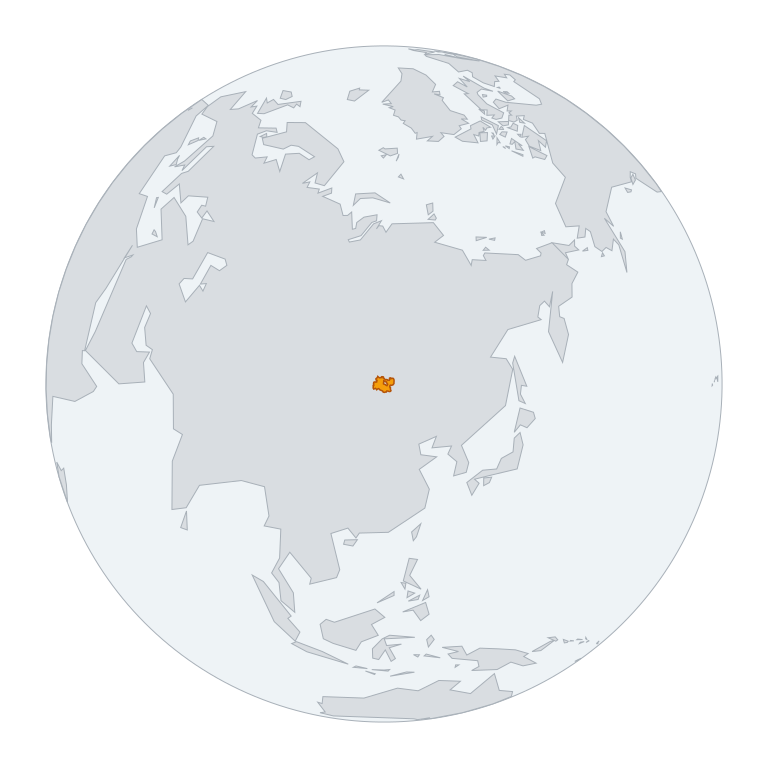 globe centered on Töv, rotated 18°
{"feature_id": "MNG-3329", "entity_name": "Töv", "entity_type": "Province", "adm_level": 1, "iso_a3": "MNG", "parent_name": "Mongolia", "parent_adm1": "", "projection": "orthographic", "projection_center": [106.662, 47.753], "detail": "fine", "context": "on_globe", "style": "filled", "palette": "amber", "viewbox_px": 768, "rotation_deg": 18, "n_neighbors": 0, "source": "natural_earth", "source_scale": "10m", "svg_char_len": 15440}
<svg xmlns="http://www.w3.org/2000/svg" viewBox="0 0 768 768"><g transform="rotate(18 384 384)"><circle cx="384" cy="384" r="338" fill="#eef3f6" stroke="#a8b0b8"/><path d="M581.0,109.4L588.3,115.3L584.4,117.1L560.0,110.5L558.3,106.4L552.6,106.0L554.3,111.4L556.9,115.2L539.7,126.5L541.9,151.5L553.7,163.1L542.4,158.3L572.3,183.7L580.6,202.9L564.3,179.1L557.4,175.3L559.6,186.8L553.0,185.5L550.3,190.6L542.1,188.2L533.2,175.3L527.8,173.7L529.7,182.1L522.7,185.6L520.8,173.3L508.4,178.3L491.3,159.3L492.6,131.4L476.2,121.7L459.5,96.0L454.3,97.6L444.6,90.0L434.8,89.3L434.5,85.4L427.1,88.3L429.2,92.0L426.7,94.7L421.1,94.9L419.7,89.7L422.3,88.9L419.0,87.5L420.7,85.0L416.7,86.3L415.7,80.5L408.5,86.6L400.9,82.2L402.4,78.4L412.9,78.4L442.6,71.8L447.4,69.2L443.7,64.7L414.0,56.3L414.9,54.1L408.2,51.2L402.8,52.2L406.1,54.9L394.4,56.7L399.8,60.6L395.8,62.2L397.0,67.0L385.4,66.9L373.3,64.4L371.7,60.7L366.4,59.8L358.5,64.2L346.5,59.1L323.0,59.3L321.1,58.3L334.3,53.7L357.9,50.5L375.0,47.3L352.2,50.3L348.0,49.0L342.4,49.4L335.8,50.5L332.9,51.5L329.0,51.6L350.0,47.9L353.9,47.7L347.2,48.7L358.3,47.5L372.4,46.3L370.4,46.4L395.3,46.3L420.1,48.0L444.7,51.6L469.0,56.9L492.8,64.1L516.0,72.9L538.6,83.5L560.2,95.7L581.0,109.4ZM700.8,278.8L698.3,274.8L699.0,273.2L700.8,278.8ZM697.3,275.2L698.1,275.9L697.5,275.9L697.3,275.2ZM697.2,277.0L697.3,275.7L697.5,277.8L697.2,277.0ZM697.5,280.3L697.2,278.3L697.4,278.7L697.5,280.3ZM696.9,283.6L696.6,284.3L696.1,282.1L696.9,283.6ZM559.1,117.3L555.1,111.7L555.9,107.7L560.1,112.3L559.1,117.3ZM556.5,126.5L552.7,123.1L559.4,122.9L559.5,124.9L556.5,126.5ZM563.7,172.2L561.7,166.2L565.9,172.6L563.7,172.2ZM551.3,191.7L554.0,194.0L551.4,195.7L551.3,191.7ZM403.4,66.9L400.3,66.9L401.7,66.0L403.4,66.9ZM406.9,69.1L410.7,68.0L412.9,68.9L410.5,69.5L406.9,69.1ZM536.6,193.9L531.7,196.3L535.2,191.5L536.6,193.9ZM401.6,70.3L416.3,70.7L420.1,72.4L414.2,76.5L401.6,70.3ZM527.8,196.3L516.0,203.1L520.9,208.5L500.2,197.7L517.1,195.1L520.7,188.1L522.7,194.0L527.8,196.3ZM432.3,93.2L429.7,89.2L437.0,92.5L432.3,93.2ZM437.6,94.8L463.4,102.4L464.4,108.9L455.6,104.8L461.0,113.6L448.7,112.9L443.0,107.9L444.8,103.7L438.8,106.8L437.6,94.8ZM490.7,191.0L486.5,191.0L489.2,188.6L490.7,191.0ZM426.2,96.1L431.3,96.8L432.6,102.4L422.5,102.0L425.3,100.3L426.2,96.1ZM468.4,116.4L467.5,120.8L457.4,121.3L455.7,123.2L448.5,113.5L468.4,116.4ZM422.2,99.1L417.4,101.7L411.7,99.3L421.3,95.8L422.2,99.1ZM437.1,104.2L437.2,106.9L433.9,105.2L437.1,104.2ZM389.1,93.2L395.2,93.5L396.4,96.3L389.1,93.2ZM415.9,102.9L417.9,103.7L419.0,105.0L414.7,106.2L415.9,102.9ZM441.9,114.7L437.8,114.2L444.3,118.7L436.9,119.7L433.5,113.1L431.9,116.4L429.6,116.7L429.4,111.1L441.9,114.7ZM413.8,111.5L406.9,104.1L395.3,102.7L393.9,100.0L412.9,102.9L413.8,111.5ZM423.0,111.7L417.0,110.9L418.3,107.7L423.2,106.3L423.0,111.7ZM433.2,122.8L445.3,123.0L445.7,124.5L433.2,122.8ZM410.2,111.6L411.9,113.4L409.2,111.9L410.2,111.6ZM425.8,120.0L430.1,119.7L430.3,121.4L425.8,120.0ZM411.9,117.4L409.7,114.9L412.9,113.8L411.9,117.4ZM418.0,119.1L417.4,121.4L415.4,114.9L419.9,118.7L418.0,119.1ZM425.4,121.6L426.9,122.5L423.6,121.5L425.4,121.6ZM400.8,123.5L397.5,115.5L404.7,112.9L406.9,120.9L400.8,123.5ZM122.8,169.7L130.8,173.3L122.5,187.1L117.5,221.4L115.0,228.2L104.9,234.8L92.4,278.6L101.1,278.7L100.6,313.0L107.1,330.2L128.4,315.4L117.9,286.6L126.7,271.5L143.7,285.8L154.6,312.2L158.3,307.2L160.4,282.9L172.1,282.0L162.2,274.1L159.4,282.5L153.2,278.1L155.4,270.3L159.4,270.0L158.7,260.8L139.8,265.5L134.9,274.5L127.5,257.0L118.7,270.6L113.5,269.6L126.4,246.3L132.1,242.2L148.6,210.6L141.9,213.2L125.9,243.5L126.8,237.3L117.7,242.2L125.4,233.6L144.6,201.0L144.0,186.0L127.4,183.6L130.4,174.6L140.1,161.3L162.1,148.7L153.0,170.4L160.6,167.3L176.1,153.5L172.0,161.6L177.2,159.0L175.1,167.3L185.5,171.2L185.4,179.2L202.3,174.0L204.6,177.7L193.9,179.5L186.4,185.5L187.7,206.8L191.7,208.9L202.7,204.1L201.6,211.1L212.1,203.8L219.2,214.1L219.3,195.8L232.1,190.8L243.4,193.9L247.7,189.3L229.3,184.4L221.9,185.6L215.6,191.7L195.6,193.5L192.3,187.9L213.4,174.3L211.1,165.2L228.5,159.7L267.5,174.6L277.2,185.0L266.0,213.8L256.3,214.1L255.5,203.7L244.4,218.4L251.0,214.7L250.1,220.8L262.2,218.6L262.2,222.9L273.8,213.7L275.1,218.7L267.7,224.5L286.7,226.5L293.0,236.4L297.3,234.9L300.1,230.4L306.1,246.6L309.0,244.8L308.2,238.8L313.4,231.5L325.1,225.2L326.5,231.1L322.5,234.1L316.3,250.0L305.4,257.8L307.2,259.7L317.0,254.3L324.6,234.9L331.1,229.5L328.9,238.8L330.2,235.0L334.0,234.2L339.0,239.1L342.1,229.2L381.1,215.3L394.7,224.3L388.4,233.5L417.2,232.5L430.3,244.3L429.5,238.5L442.8,235.0L438.8,231.2L439.4,228.2L471.7,219.5L480.4,222.6L493.3,213.7L492.9,210.9L487.2,208.0L500.2,197.7L520.9,208.5L520.8,214.1L533.8,217.7L531.7,230.4L536.0,243.2L526.1,256.1L530.3,265.7L535.0,266.0L544.2,279.9L547.2,308.3L524.3,283.4L515.8,243.8L517.5,259.4L511.0,255.6L507.9,261.3L509.6,272.7L513.6,274.2L485.0,293.9L477.0,325.5L492.4,322.2L501.9,330.3L506.2,367.0L476.6,418.4L488.9,432.6L489.5,442.6L478.6,449.9L477.3,435.4L466.4,430.9L467.4,422.1L449.4,429.9L450.0,417.6L435.7,430.4L440.9,439.9L456.6,437.0L443.9,454.3L459.6,470.0L461.2,489.4L434.0,523.7L406.6,533.4L404.9,539.1L394.2,532.2L379.7,542.6L399.3,574.3L398.7,582.8L375.2,597.3L374.8,591.2L346.4,573.1L340.8,592.3L362.3,610.6L369.7,628.7L353.0,621.9L345.5,605.3L335.5,598.4L338.5,581.8L330.7,553.9L313.9,556.0L315.4,545.1L302.1,518.6L278.1,519.9L239.8,537.4L234.1,562.8L221.1,568.9L206.5,522.8L207.9,494.3L197.6,491.7L186.7,458.8L153.4,432.4L153.1,422.9L145.8,420.7L138.9,404.2L140.2,389.1L133.9,383.1L131.6,423.0L138.8,429.6L151.1,426.1L148.6,437.9L155.9,456.0L131.8,465.8L89.7,444.4L93.2,423.4L100.3,345.2L104.4,341.1L104.7,340.3L105.3,338.9L98.1,344.3L101.9,329.8L90.0,379.0L84.7,395.7L89.0,444.9L86.8,445.4L90.4,458.1L111.5,475.1L109.9,480.9L95.4,496.1L72.9,498.1L80.3,525.7L86.1,542.6L83.6,538.7L73.1,516.4L64.3,493.5L57.2,470.0L51.8,446.1L48.2,421.8L46.3,397.3L46.3,372.8L48.0,348.3L51.4,324.0L56.7,300.0L63.6,276.5L72.3,253.5L82.6,231.2L94.5,209.7L107.9,189.2L122.8,169.7ZM116.5,180.6L113.5,183.7L113.5,183.8L116.5,180.6ZM158.2,352.1L169.8,367.3L178.0,347.2L183.1,351.6L184.0,343.4L178.5,345.7L182.7,324.7L192.5,327.1L197.9,319.7L194.3,314.3L175.7,313.5L169.5,343.2L161.2,345.4L158.2,352.1ZM346.8,49.2L344.9,49.5L338.3,50.3L341.3,49.7L346.8,49.2ZM309.1,57.7L303.6,57.7L309.7,56.9L312.9,55.5L329.5,52.6L321.0,57.8L321.9,55.7L309.1,57.7ZM349.4,51.2L339.8,51.8L350.6,51.0L349.4,51.2ZM207.8,138.9L202.7,143.8L197.0,144.3L197.3,136.1L205.5,135.0L207.8,138.9ZM196.8,150.9L217.7,140.8L218.4,146.2L214.4,144.8L212.8,149.3L206.1,148.3L186.4,164.0L180.1,165.7L183.9,148.4L186.1,152.8L191.0,147.5L196.8,150.9ZM269.6,111.9L278.7,109.3L268.5,124.0L261.2,124.8L261.0,116.1L269.4,110.1L269.6,111.9ZM388.2,78.3L392.4,77.6L392.8,78.8L389.6,80.5L388.2,78.3ZM391.8,93.1L370.7,83.3L374.3,81.8L357.6,78.8L360.6,73.8L371.4,75.8L361.2,70.1L372.1,69.9L364.1,66.7L387.8,71.7L397.2,71.9L385.5,73.4L382.4,77.8L383.9,79.8L395.2,85.8L414.0,89.1L413.9,94.6L408.9,97.7L404.4,97.7L405.8,94.0L398.8,96.7L397.4,91.5L391.8,93.1ZM350.1,139.4L353.6,133.5L339.2,141.1L337.8,134.6L336.2,135.9L330.9,132.2L321.8,130.2L322.7,127.1L318.7,127.7L315.2,125.5L310.0,125.5L309.9,120.0L303.6,119.6L307.1,117.3L296.3,118.2L304.3,115.1L300.4,112.5L294.8,116.8L306.5,90.7L305.2,83.3L299.9,79.0L314.3,75.2L328.5,77.2L340.5,83.1L339.7,91.3L346.3,88.5L347.9,91.7L342.0,92.6L352.0,93.3L351.7,96.3L362.5,103.5L377.1,103.5L381.4,106.4L375.5,108.0L383.9,109.9L375.7,115.1L378.6,117.4L373.4,125.2L360.4,127.4L364.6,130.0L360.8,136.5L350.1,139.4ZM398.9,125.6L383.6,128.9L375.4,127.2L387.9,114.5L386.4,111.6L394.2,104.1L406.0,106.9L402.7,108.7L402.2,111.2L398.7,109.3L401.2,112.7L396.7,115.4L397.4,118.9L392.3,119.0L398.9,125.6ZM118.9,229.7L118.2,234.0L118.6,239.5L112.9,243.0L118.9,229.7ZM131.6,207.2L131.9,209.9L124.0,216.9L124.7,212.7L131.6,207.2ZM138.9,205.9L132.6,209.5L136.4,205.1L138.9,205.9ZM194.9,182.0L196.1,185.0L193.6,186.7L189.8,186.9L194.9,182.0ZM306.9,163.3L310.3,159.5L312.3,160.1L323.7,155.6L325.6,160.5L319.5,165.1L306.9,163.3ZM122.8,314.0L117.0,313.0L117.7,308.4L119.6,309.6L122.8,314.0ZM111.7,276.3L111.0,287.5L110.1,277.1L111.7,276.3ZM310.9,167.8L315.4,165.2L313.6,169.3L310.9,167.8ZM327.6,163.8L326.7,168.3L327.2,160.6L327.6,163.8ZM104.2,573.4L103.9,573.1L96.9,559.4L103.8,566.1L105.4,563.0L113.1,578.0L119.6,594.4L104.2,573.4ZM455.0,662.7L465.2,662.3L464.8,663.2L455.0,662.7ZM444.5,660.8L456.1,659.8L442.4,662.9L444.5,660.8ZM460.6,659.4L472.5,656.0L477.6,653.8L476.6,655.8L460.6,659.4ZM436.6,661.5L393.4,662.5L376.4,659.4L380.4,656.1L408.0,657.5L436.6,661.5ZM379.0,656.0L353.0,643.9L317.7,606.4L330.3,609.1L367.4,633.4L365.0,636.6L380.7,645.9L379.0,656.0ZM442.1,636.2L439.6,646.0L415.8,646.4L405.0,645.0L397.5,632.3L401.7,625.7L410.5,625.9L444.9,600.8L456.9,605.7L446.4,616.6L456.2,624.8L442.1,636.2ZM235.4,565.8L242.0,583.6L235.0,583.4L235.4,565.8ZM458.9,582.0L445.0,594.3L457.7,578.3L458.9,582.0ZM466.4,566.8L467.3,572.6L461.6,567.5L466.4,566.8ZM404.5,547.7L395.1,548.9L394.9,544.5L406.8,540.3L404.5,547.7ZM462.2,505.5L462.1,519.2L460.3,524.0L456.0,516.2L462.2,505.5ZM334.0,209.9L315.9,210.4L304.2,214.9L299.6,223.6L298.3,212.0L316.4,205.0L334.0,209.9ZM375.1,213.8L379.0,206.8L382.5,210.1L382.1,212.2L375.1,213.8ZM373.8,209.4L368.9,200.5L374.4,196.8L377.2,204.5L373.8,209.4ZM339.2,182.9L333.7,182.6L335.3,179.2L339.2,182.9ZM532.2,687.7L529.9,688.2L522.7,691.7L530.8,687.2L519.8,692.8L515.9,693.2L504.2,696.5L438.5,715.3L424.7,716.4L429.4,714.1L419.3,707.1L423.9,707.0L422.5,700.2L462.0,688.9L490.8,669.1L511.3,665.2L527.8,649.0L548.5,643.1L541.4,654.5L561.9,651.7L578.5,625.3L588.3,639.8L601.3,636.8L601.7,641.8L586.4,654.6L560.1,672.4L532.2,687.7ZM651.2,588.8L653.5,586.4L656.3,583.9L652.6,588.3L651.2,588.8ZM667.0,564.5L667.9,564.0L666.8,565.7L667.0,564.5ZM666.1,565.3L668.0,561.8L667.4,563.8L666.1,565.3ZM656.0,567.4L657.7,564.8L658.3,565.0L656.0,567.4ZM480.1,660.0L494.4,650.9L502.0,648.7L480.1,660.0ZM654.0,567.1L650.0,570.5L650.5,568.9L654.0,567.1ZM654.5,564.0L654.2,562.6L656.3,564.5L654.5,564.0ZM647.0,566.7L651.8,565.7L646.4,567.6L647.0,566.7ZM644.0,569.6L640.4,571.0L640.7,570.2L644.0,569.6ZM601.1,600.0L614.9,602.5L603.3,609.1L590.6,609.3L579.8,620.6L555.9,629.4L561.6,623.3L558.6,618.2L533.5,623.9L528.4,621.0L537.5,615.4L520.7,616.5L539.1,609.3L546.5,616.2L556.8,605.6L574.4,600.6L591.2,596.2L604.4,595.8L601.1,600.0ZM538.9,629.0L542.0,628.0L539.2,631.5L538.9,629.0ZM633.5,571.5L638.7,571.7L638.1,573.2L635.5,574.5L633.5,571.5ZM607.5,592.7L621.8,577.3L625.1,575.4L615.5,589.1L607.5,592.7ZM618.5,574.6L625.0,571.6L628.3,573.6L626.9,575.5L618.5,574.6ZM501.3,630.6L500.5,633.2L495.7,632.3L501.3,630.6ZM507.6,627.8L522.1,627.0L506.2,630.2L507.6,627.8ZM463.0,626.3L467.3,631.9L481.0,626.0L470.5,633.2L479.7,641.6L476.5,645.6L467.4,636.5L464.1,647.7L458.0,648.2L454.8,639.4L461.0,627.0L467.0,621.2L491.6,615.4L463.0,626.3ZM507.5,620.4L503.6,613.9L506.5,608.3L510.7,611.4L507.5,620.4ZM492.0,597.7L481.6,590.1L472.2,595.0L491.1,578.9L498.0,589.0L492.0,597.7ZM483.0,578.4L474.2,583.0L483.2,573.8L483.0,578.4ZM471.9,580.1L470.8,573.4L477.8,573.4L471.9,580.1ZM487.6,578.0L489.0,566.2L492.6,572.4L487.6,578.0ZM467.6,558.1L482.7,567.7L463.2,565.3L461.8,542.0L470.1,540.5L467.6,558.1ZM510.2,449.9L507.9,442.6L515.2,439.3L514.7,445.2L510.2,449.9ZM536.9,423.6L516.4,436.1L499.5,446.6L505.1,449.0L501.9,462.7L493.2,452.1L504.5,435.5L517.4,430.0L518.6,418.5L527.7,408.7L524.6,395.2L528.4,388.1L535.1,398.9L536.9,423.6ZM522.8,389.7L520.8,364.8L534.9,364.7L538.5,370.1L533.5,381.4L526.3,380.7L522.8,389.7ZM524.4,358.9L517.5,358.2L499.9,324.3L499.7,317.3L520.5,342.0L515.1,342.8L516.9,351.5L524.4,358.9ZM488.1,194.0L486.6,191.3L490.3,193.0L488.1,194.0ZM437.0,226.2L438.4,222.5L442.7,224.2L437.0,226.2ZM444.8,213.2L439.0,213.8L444.5,210.7L444.8,213.2ZM426.1,215.7L436.4,212.8L427.4,219.2L426.1,215.7Z" fill="#d9dde1" stroke="#a8b0b8" stroke-width="1"/><path d="M391.0,385.1L390.9,385.3L391.0,385.5L391.2,385.8L391.3,386.0L391.5,386.2L391.5,386.3L391.6,386.7L391.8,386.9L391.9,387.0L392.0,387.4L392.1,387.6L392.2,387.8L392.3,387.9L392.4,388.0L392.7,388.2L392.5,388.9L392.4,389.0L392.0,389.3L391.3,389.6L390.8,389.6L390.2,389.5L389.9,389.5L389.6,389.6L389.4,389.6L389.2,389.7L388.8,389.8L388.8,390.0L388.8,390.3L388.8,390.6L388.7,390.7L388.7,390.8L388.6,391.0L388.1,391.0L387.9,391.1L387.6,391.5L387.1,391.8L386.9,391.9L386.1,391.9L385.8,392.0L385.5,391.8L385.4,391.6L385.1,391.4L385.0,391.2L384.7,391.1L384.2,391.0L383.9,391.0L383.5,391.0L382.8,390.9L382.0,390.9L381.9,390.8L381.8,390.7L381.7,390.7L381.3,390.5L381.2,390.5L381.0,390.3L380.7,390.1L380.4,390.0L380.1,390.1L379.6,390.6L379.2,391.1L378.9,391.7L378.7,391.5L378.5,391.4L378.4,391.3L378.2,391.2L377.9,391.1L377.5,390.9L377.1,390.8L376.8,391.2L376.6,391.4L376.4,391.5L375.8,392.0L375.7,391.9L375.6,391.7L374.9,391.2L374.8,390.9L374.8,390.3L374.8,390.2L374.7,390.0L374.6,389.8L374.6,389.6L374.4,389.4L374.2,389.2L374.4,389.0L374.5,388.9L374.7,388.6L374.7,388.4L374.7,388.2L374.5,387.9L374.2,387.7L374.0,387.4L374.0,387.2L373.9,386.9L373.9,386.7L374.1,386.3L374.1,386.2L373.9,386.0L373.8,385.9L373.7,385.7L373.9,385.3L374.0,385.2L374.5,384.9L374.8,384.8L375.0,384.8L375.4,384.8L375.5,384.6L376.0,384.5L376.4,384.4L376.4,384.2L376.2,383.5L376.2,383.4L376.2,383.1L376.3,383.0L376.3,382.8L376.2,382.7L376.1,382.8L375.7,382.7L375.4,382.7L375.2,382.6L375.0,382.2L374.8,381.7L374.7,381.6L374.8,381.3L374.9,381.2L375.0,380.9L375.1,380.7L375.3,380.5L375.5,380.3L375.6,380.2L375.7,379.7L375.7,379.3L375.7,378.7L376.4,379.0L376.6,379.2L376.8,379.2L377.1,379.3L377.4,379.4L377.6,379.5L377.8,379.5L377.9,379.4L378.2,379.3L378.3,379.2L378.5,379.2L378.9,379.0L379.2,378.8L379.5,378.7L379.4,378.5L379.3,378.2L379.5,377.8L379.7,377.7L379.8,377.7L380.1,377.6L380.8,377.4L381.2,377.5L381.3,377.6L381.5,377.7L381.5,377.8L381.5,378.0L381.5,378.3L381.4,378.5L381.5,378.6L381.9,378.6L382.0,378.6L382.6,378.8L383.2,379.1L383.3,379.2L383.5,379.4L384.0,379.5L384.3,379.5L384.4,379.4L384.6,379.2L384.8,379.0L385.0,379.0L385.3,379.0L385.6,378.9L385.8,378.9L386.0,378.9L386.1,379.0L386.3,379.2L386.8,379.1L387.0,379.0L387.2,378.9L387.3,378.8L387.6,378.8L387.8,378.8L387.8,378.7L388.0,378.3L388.1,378.1L388.2,377.8L388.2,377.7L388.0,377.4L387.7,377.3L387.6,377.2L387.4,376.8L387.6,376.5L387.9,376.3L388.0,376.2L388.3,376.2L388.7,376.2L388.8,376.2L389.1,376.2L389.1,376.3L389.5,376.5L389.7,376.4L389.8,376.3L389.8,376.2L390.1,376.1L390.3,375.9L390.5,375.9L390.9,375.8L391.0,375.8L391.3,376.0L391.5,376.1L391.6,376.3L391.9,376.5L392.0,376.7L392.2,376.9L392.4,377.3L392.5,377.6L392.6,378.0L392.7,378.3L392.8,378.5L392.9,379.2L393.0,379.5L393.2,380.0L393.3,380.4L393.3,380.5L393.2,380.8L393.2,381.0L392.9,381.5L392.9,381.8L392.8,382.0L392.7,382.0L392.4,382.2L392.2,382.5L391.9,382.7L391.8,382.8L391.7,382.8L391.2,383.0L390.7,383.0L390.4,383.2L390.3,383.4L390.2,383.5L390.1,383.8L390.1,384.0L390.2,384.5L390.4,384.9L390.4,385.0L390.5,385.0L391.0,385.1ZM384.9,381.5L384.5,381.4L384.4,381.4L384.1,381.3L383.7,381.2L382.8,381.0L382.9,381.3L382.9,381.6L383.1,382.0L383.1,382.7L383.2,382.9L383.2,383.0L383.3,383.1L383.4,383.3L383.4,383.8L383.4,384.0L383.5,384.1L383.9,384.2L384.0,384.2L384.6,384.2L385.1,384.1L385.5,384.1L385.8,384.2L385.9,384.3L386.2,384.6L386.3,384.6L386.7,384.7L387.0,384.7L387.4,384.6L387.4,384.4L387.5,383.9L387.5,383.6L387.6,383.2L387.4,382.9L387.2,382.8L386.9,382.7L386.7,382.7L386.5,382.4L386.4,382.2L386.1,381.9L385.9,381.6L385.7,381.2L385.3,381.4L385.0,381.5L384.9,381.5Z" fill="#f59e0b" stroke="#b45309" stroke-width="1.5"/></g></svg>